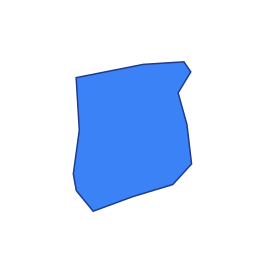 SVG path tracing the border of São Miguel, rotated 219°
{"feature_id": "CPV-5047", "entity_name": "São Miguel", "entity_type": "state/province", "adm_level": 1, "iso_a3": "CPV", "parent_name": "Cabo Verde", "parent_adm1": "", "projection": "albers", "projection_center": [-23.646, 15.174], "detail": "fine", "context": "isolated", "style": "filled", "palette": "blue", "viewbox_px": 256, "rotation_deg": 219, "n_neighbors": 0, "source": "natural_earth", "source_scale": "10m", "svg_char_len": 341}
<svg xmlns="http://www.w3.org/2000/svg" viewBox="0 0 256 256"><g transform="rotate(219 128 128)"><path d="M102.7,41.4L128.8,46.8L141.6,57.9L164.5,95.7L200.0,134.5L156.3,186.9L147.2,195.3L126.2,214.6L114.5,211.1L111.2,186.9L84.4,167.8L56.0,140.1L57.6,112.3L81.1,77.7L102.7,41.4Z" fill="#3b82f6" stroke="#1e3a8a" stroke-width="1.5"/></g></svg>